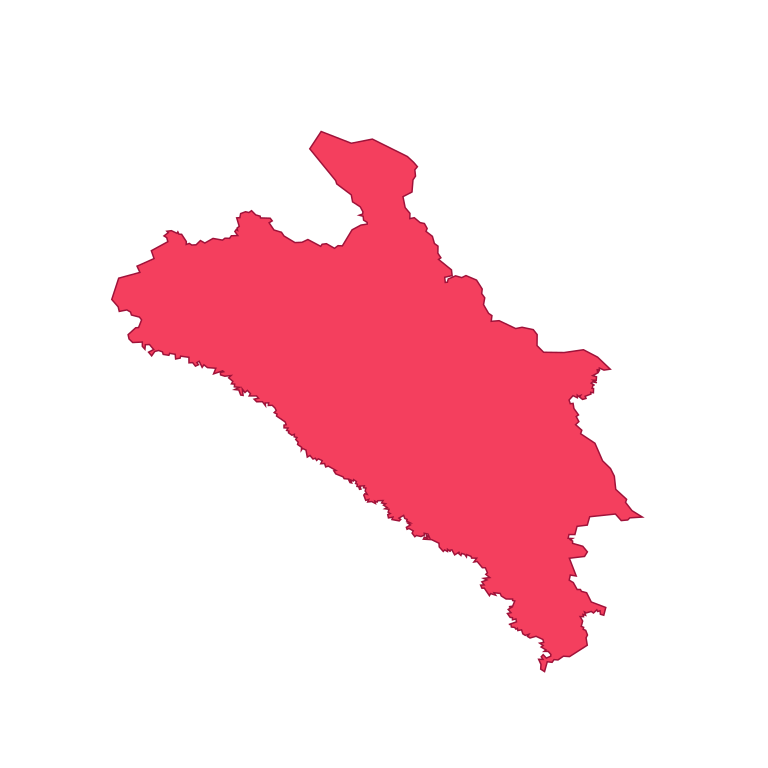 the district of Balzar, Guayas, Ecuador, rotated 106°
{"feature_id": "8360857B55301947791088", "entity_name": "Balzar", "entity_type": "district", "adm_level": 2, "iso_a3": "ECU", "parent_name": "Ecuador", "parent_adm1": "Guayas", "projection": "equal_earth", "projection_center": [-79.85, -1.302], "detail": "fine", "context": "isolated", "style": "filled", "palette": "rose", "viewbox_px": 768, "rotation_deg": 106, "n_neighbors": 0, "source": "geoboundaries", "source_scale": "gbopen_adm2", "svg_char_len": 6170}
<svg xmlns="http://www.w3.org/2000/svg" viewBox="0 0 768 768"><g transform="rotate(106 384 384)"><path d="M616.2,150.4L606.0,150.5L605.2,145.7L602.1,144.6L601.3,140.7L596.2,136.5L594.9,130.5L579.1,116.6L572.3,119.8L569.2,119.2L565.2,122.2L564.9,124.9L562.9,125.0L562.6,127.6L557.1,127.7L553.5,131.4L552.7,128.1L550.7,129.2L550.8,126.4L547.9,128.4L548.3,126.4L545.5,122.1L546.4,119.5L542.4,117.2L543.8,115.9L542.5,113.8L545.7,112.5L545.7,109.0L537.7,109.2L536.4,124.7L528.8,131.7L528.9,137.1L527.4,138.5L528.3,141.7L522.7,147.3L521.5,151.9L516.3,152.3L515.6,146.3L500.4,157.8L494.5,143.7L489.3,142.2L485.2,148.2L485.2,158.8L483.0,159.4L482.3,162.0L480.6,160.3L481.6,164.5L477.7,164.7L476.1,159.0L467.6,159.2L463.6,149.7L454.9,149.7L445.2,125.7L449.9,118.3L447.5,112.2L444.9,110.8L440.7,99.0L437.4,110.7L431.2,119.2L428.0,119.0L421.4,132.2L409.1,137.2L402.8,143.0L397.6,152.7L382.8,164.9L377.6,181.3L373.9,181.1L370.3,188.6L366.4,186.3L362.3,190.3L360.1,188.5L355.2,194.7L350.5,196.9L351.6,199.5L348.4,201.7L343.1,199.1L343.9,194.4L341.5,195.1L342.3,193.6L340.8,191.8L342.7,192.3L344.1,188.9L342.2,185.8L340.4,187.3L336.6,182.3L335.0,183.0L334.7,180.3L330.6,181.3L330.8,182.8L327.4,182.8L327.2,181.3L326.1,185.1L324.4,184.0L324.1,179.8L322.7,184.1L321.9,181.0L318.5,181.7L318.4,185.7L314.2,181.4L312.3,180.9L313.2,182.2L311.5,183.0L310.9,181.0L309.3,181.4L310.0,176.4L307.4,170.6L299.3,186.1L296.1,201.7L304.1,219.5L309.5,239.3L304.9,247.5L294.3,250.4L290.6,255.5L291.4,266.9L294.4,272.7L291.4,290.8L294.2,298.2L288.5,299.1L287.3,302.9L280.3,310.2L273.4,310.9L270.2,315.0L265.6,315.8L258.6,323.7L257.2,335.1L260.3,338.6L260.3,345.0L265.4,351.2L268.7,351.1L269.5,353.1L264.7,355.1L261.0,348.4L255.7,350.6L249.2,365.9L247.0,364.1L243.4,368.3L236.6,370.1L235.0,374.3L228.7,378.2L225.7,385.7L222.6,385.4L218.6,389.4L218.9,393.8L215.8,400.7L217.9,404.8L212.8,406.1L208.6,412.3L198.7,417.4L191.7,410.0L179.8,412.4L175.5,411.0L169.6,413.4L165.9,411.8L162.8,416.5L158.9,424.2L151.8,462.7L161.6,481.8L158.6,514.0L178.4,520.2L201.8,486.5L204.7,484.6L211.2,467.6L217.6,464.4L220.2,455.7L224.3,451.7L226.5,451.4L228.6,454.3L228.5,450.3L232.1,448.8L233.3,444.7L234.9,444.2L237.6,450.0L244.6,457.2L262.7,462.1L263.7,466.3L267.2,469.0L265.0,478.0L266.7,482.0L269.1,482.8L266.1,497.0L270.4,501.9L272.6,508.6L269.3,520.9L266.4,524.4L266.3,532.2L260.7,538.9L258.0,536.4L256.0,539.1L258.4,548.5L256.8,549.3L256.8,553.9L253.9,559.1L256.4,561.1L256.6,564.6L259.7,568.8L263.8,568.4L264.9,571.4L272.4,566.6L274.6,568.2L276.7,567.1L276.3,568.6L278.5,569.4L281.6,565.5L283.6,571.6L286.5,572.6L287.7,577.1L290.2,578.9L291.2,588.5L297.9,595.1L296.7,600.0L302.0,603.0L303.4,607.1L302.5,609.9L304.4,612.6L301.5,613.3L295.9,619.8L296.5,622.4L294.6,624.1L296.2,624.5L295.2,630.6L297.0,634.8L298.0,633.1L302.3,636.3L303.2,633.2L306.8,631.0L320.0,644.4L326.8,639.6L338.8,653.9L344.0,649.4L355.4,668.2L377.8,669.0L383.1,660.8L387.2,658.5L383.7,651.6L384.7,647.5L387.3,645.8L387.1,637.5L389.2,634.7L397.4,635.5L398.4,638.2L407.1,643.6L411.0,641.5L413.4,637.0L410.3,627.9L414.4,626.7L416.5,623.4L412.0,624.2L410.7,620.3L414.3,614.9L418.3,619.1L421.0,615.1L415.9,613.3L413.9,609.9L414.2,605.8L416.4,604.4L415.7,598.7L413.6,598.5L413.0,592.9L417.4,591.2L415.3,587.1L413.3,587.2L412.1,578.9L417.4,577.3L416.2,573.8L418.8,570.2L416.6,567.6L415.0,569.8L413.1,568.0L418.1,563.4L415.2,562.4L416.9,558.2L415.2,550.0L421.2,550.6L415.8,542.7L416.4,541.5L418.0,544.5L420.3,543.6L420.4,539.2L418.0,533.3L420.9,535.0L423.1,530.0L425.9,530.7L425.3,527.5L428.0,527.1L427.1,522.1L430.5,526.0L429.8,521.9L434.1,518.7L433.8,516.3L427.9,518.8L430.5,515.3L427.8,513.6L430.1,509.7L432.6,510.3L430.6,503.2L432.2,500.7L434.4,504.7L436.2,501.5L434.5,496.0L437.5,492.0L435.0,493.0L433.9,489.7L436.5,489.3L435.3,485.6L437.1,482.2L439.2,480.3L441.8,481.7L442.4,478.5L444.4,478.5L447.7,468.6L450.1,466.8L451.1,468.8L453.7,468.0L452.8,464.1L455.5,464.8L455.5,462.4L457.2,462.4L458.6,458.4L457.1,456.3L459.5,455.8L459.4,452.9L461.7,453.6L463.5,450.5L466.0,450.4L467.5,445.8L470.3,445.2L468.4,444.6L469.0,440.8L475.4,437.6L473.1,435.4L475.7,431.6L474.3,429.5L476.0,427.7L474.0,426.5L474.7,422.3L478.1,422.8L476.8,419.2L479.8,417.2L478.3,414.9L480.3,406.4L481.3,408.3L483.7,405.6L484.5,397.8L486.0,396.2L485.2,392.1L488.1,389.5L488.0,387.8L485.4,389.9L485.8,386.9L484.3,386.8L485.4,383.6L487.5,383.9L487.7,381.9L489.9,381.8L489.7,380.0L492.0,378.5L491.4,377.2L488.8,379.0L487.3,374.9L489.4,375.1L489.0,372.7L492.1,372.6L494.7,369.7L494.8,372.2L496.4,372.8L500.9,369.5L499.2,366.9L501.9,367.2L500.4,363.4L501.2,359.3L499.1,360.6L499.5,358.1L497.9,357.8L496.3,352.8L499.0,353.5L498.7,349.5L500.6,351.1L501.8,346.9L503.7,348.8L503.1,344.7L506.1,344.7L506.8,342.3L508.5,344.4L511.5,342.8L509.5,338.7L512.1,339.0L511.4,331.6L509.6,330.6L508.8,332.7L504.9,328.9L507.5,327.0L507.8,324.4L509.5,324.5L510.3,320.3L511.2,322.7L512.2,319.8L515.6,323.0L517.3,321.8L516.0,320.2L517.1,315.4L519.6,315.9L522.3,312.3L520.7,311.1L520.4,306.4L518.1,303.5L516.4,304.2L516.1,300.4L519.1,297.9L517.8,301.4L520.2,300.1L520.0,303.0L522.3,303.4L520.5,295.3L521.9,287.3L525.4,286.0L528.6,280.9L526.8,280.0L527.5,276.8L525.4,277.4L526.8,273.9L525.7,274.9L524.7,273.0L528.8,269.0L524.5,265.1L526.2,265.8L527.6,262.8L525.5,262.7L525.5,259.5L527.4,257.1L525.2,257.4L525.7,252.8L527.2,251.8L525.9,246.9L530.3,248.5L528.9,245.5L533.5,238.8L532.7,235.9L537.0,232.5L538.9,233.7L540.9,229.0L543.4,234.7L544.0,231.1L547.2,235.4L549.5,232.4L550.7,235.7L553.3,233.6L552.6,231.3L558.4,224.3L556.1,223.8L556.2,218.5L554.3,220.7L553.3,214.5L555.4,212.9L557.0,207.4L555.3,201.1L556.7,200.7L556.5,198.5L562.1,199.1L563.6,202.5L563.6,199.9L566.5,202.5L568.8,198.9L570.6,202.1L573.6,198.4L573.2,196.1L575.3,195.5L573.5,192.4L576.1,191.1L580.8,197.7L579.9,195.8L582.5,194.6L582.0,191.3L583.3,189.6L582.1,188.4L584.1,187.4L582.4,184.0L585.9,181.7L586.7,178.9L584.6,175.7L587.1,176.5L587.9,173.6L584.6,168.3L585.8,160.8L588.4,159.3L590.2,162.9L591.5,158.9L593.5,160.5L595.0,155.0L596.9,156.4L595.8,152.4L597.9,149.1L599.7,148.7L602.7,152.4L600.3,156.4L602.9,157.7L604.9,155.3L606.0,159.5L610.3,155.8L614.9,154.8L616.2,150.4Z" fill="#f43f5e" stroke="#9f1239" stroke-width="1.5"/></g></svg>